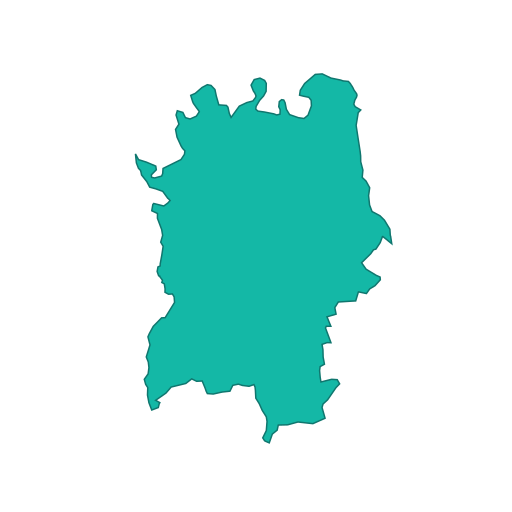 Mandalay, Mandalay, Myanmar, rotated 156°
{"feature_id": "60261553B2723221956862", "entity_name": "Mandalay", "entity_type": "district", "adm_level": 2, "iso_a3": "MMR", "parent_name": "Myanmar", "parent_adm1": "Mandalay", "projection": "albers", "projection_center": [96.164, 21.97], "detail": "fine", "context": "isolated", "style": "filled", "palette": "teal", "viewbox_px": 512, "rotation_deg": 156, "n_neighbors": 0, "source": "geoboundaries", "source_scale": "gbopen_adm2", "svg_char_len": 3410}
<svg xmlns="http://www.w3.org/2000/svg" viewBox="0 0 512 512"><g transform="rotate(156 256 256)"><path d="M324.6,398.3L327.4,389.7L327.7,383.9L326.7,381.2L327.0,379.2L327.6,376.6L325.5,368.3L325.1,362.1L320.1,358.0L314.9,353.0L313.1,344.5L312.8,344.2L311.9,341.6L315.2,340.2L319.9,339.2L328.1,345.6L329.3,345.0L332.6,340.1L332.8,339.7L328.7,334.9L330.7,330.6L331.4,318.6L332.9,312.8L337.4,307.4L336.9,302.7L337.1,302.3L341.7,295.1L346.7,287.8L347.6,285.9L350.0,285.9L352.6,282.1L353.0,277.5L352.1,276.7L352.3,276.3L351.3,271.9L352.8,270.1L351.1,267.9L352.4,263.0L353.9,259.9L351.5,256.7L347.8,255.3L347.4,252.0L349.3,246.7L364.1,236.6L367.4,237.9L378.5,233.5L385.0,228.5L387.6,226.1L389.0,217.9L392.9,213.4L397.3,208.4L397.5,203.0L399.2,197.6L402.5,192.2L408.2,188.8L409.0,183.6L408.4,179.8L411.7,173.1L413.5,165.5L413.9,157.7L406.9,157.3L404.5,160.4L403.5,161.1L406.4,165.0L394.0,167.4L386.8,170.8L372.0,168.1L364.7,169.9L361.2,165.7L356.0,163.7L356.2,156.3L356.5,152.7L356.4,150.1L351.2,147.3L342.3,145.5L334.8,143.1L329.8,147.3L324.2,146.1L321.1,143.3L315.3,139.8L310.2,139.4L310.2,136.6L311.2,133.5L314.0,126.2L313.1,119.8L313.1,112.4L312.0,104.9L313.2,100.4L317.6,92.3L323.8,87.1L323.3,83.7L322.4,82.6L319.9,79.9L313.5,86.7L307.5,88.3L304.4,92.5L295.7,88.9L285.2,87.3L272.2,79.7L258.9,79.7L257.3,90.7L255.0,93.5L249.1,95.5L236.5,103.2L231.6,105.2L232.1,110.0L237.1,112.6L247.9,114.5L246.7,119.1L244.5,125.5L242.4,128.9L237.5,129.3L236.9,131.7L235.8,136.3L233.0,143.1L231.6,148.4L226.4,148.0L222.8,146.3L221.8,162.0L220.4,163.2L216.2,161.4L215.9,171.6L206.5,170.3L205.0,176.8L199.5,180.5L186.3,175.6L183.2,174.4L177.1,181.5L176.9,181.5L170.4,176.8L165.5,179.7L159.3,180.5L152.1,183.7L151.2,186.3L154.1,189.5L160.8,199.2L162.3,206.9L150.3,211.4L146.1,213.9L143.7,213.5L137.1,217.7L132.6,222.3L132.2,222.2L127.0,212.0L125.0,219.2L124.9,220.3L122.8,226.0L124.1,236.5L126.4,242.4L130.3,247.4L131.9,249.4L131.5,256.4L128.6,265.4L127.0,267.9L124.4,272.1L125.0,279.7L125.1,279.9L127.0,284.6L123.4,291.0L122.0,299.5L119.7,304.9L118.4,309.0L114.6,323.0L111.4,334.6L104.3,345.4L100.9,346.8L104.7,352.1L104.9,355.0L103.2,357.0L103.0,357.5L101.8,358.6L100.8,359.3L99.5,360.3L98.4,361.7L98.1,363.0L98.4,364.9L98.7,366.3L99.0,367.9L99.0,369.7L99.2,371.9L99.5,373.5L99.7,375.2L100.6,377.9L105.3,380.6L107.1,382.3L115.2,388.1L121.4,395.4L128.0,397.8L141.4,393.8L148.1,389.4L150.8,385.2L147.8,382.8L143.2,379.5L142.3,375.8L144.3,370.6L151.2,363.5L156.2,362.1L161.0,365.1L167.8,371.5L168.6,377.6L167.1,384.1L167.2,387.2L169.0,388.4L171.9,387.6L174.5,383.1L174.4,379.8L176.4,375.8L179.7,376.4L181.9,378.6L189.7,384.1L195.3,387.6L196.5,390.2L195.1,392.6L189.4,396.7L184.0,399.1L179.8,402.3L176.4,409.5L176.7,412.9L180.0,416.9L185.9,417.9L191.0,414.1L191.3,407.9L190.8,405.0L190.9,402.1L192.1,400.9L195.8,398.9L202.0,399.9L210.3,399.7L222.4,392.7L222.4,397.1L221.1,403.4L221.8,405.6L228.5,409.2L227.2,418.3L225.8,424.8L227.7,430.1L230.8,432.3L236.7,431.9L245.3,429.3L250.3,429.3L251.1,422.7L251.1,420.8L250.5,417.9L250.1,415.8L249.5,413.3L249.1,410.9L253.6,408.0L260.5,408.0L264.2,411.1L264.3,413.6L264.4,416.9L268.8,420.7L271.7,417.3L272.8,407.8L278.0,404.4L279.8,396.7L279.7,386.9L279.3,384.1L278.2,381.0L280.0,378.0L285.3,374.6L305.3,373.8L307.7,369.3L309.7,367.4L316.8,368.5L319.4,370.3L318.6,372.7L312.0,375.3L311.0,378.9L317.9,386.3L324.1,391.8L324.6,398.3Z" fill="#14b8a6" stroke="#0f766e" stroke-width="1.5"/></g></svg>